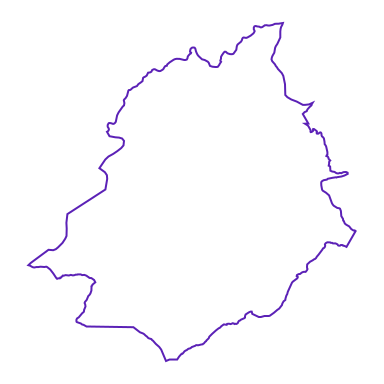 Tlaxco, Puebla, Mexico
{"feature_id": "50627088B52665331033665", "entity_name": "Tlaxco", "entity_type": "district", "adm_level": 2, "iso_a3": "MEX", "parent_name": "Mexico", "parent_adm1": "Puebla", "projection": "orthographic", "projection_center": [-98.045, 20.402], "detail": "fine", "context": "isolated", "style": "outline", "palette": "violet", "viewbox_px": 384, "rotation_deg": 0, "n_neighbors": 0, "source": "geoboundaries", "source_scale": "gbopen_adm2", "svg_char_len": 5910}
<svg xmlns="http://www.w3.org/2000/svg" viewBox="0 0 384 384"><path d="M48.5,249.8L30.8,262.9L28.4,265.2L30.1,265.7L32.5,267.1L34.1,267.5L36.8,267.0L38.0,267.1L40.5,266.7L44.3,267.0L46.3,266.7L47.2,267.1L50.2,269.5L53.3,273.5L56.2,277.9L57.1,278.8L57.8,278.4L59.9,278.3L60.2,277.7L60.7,277.8L61.2,277.4L61.6,276.6L62.5,276.3L62.8,275.6L64.0,275.6L65.6,275.1L68.9,275.5L70.8,274.9L72.9,275.4L74.7,275.1L75.5,274.7L77.1,274.7L77.7,274.4L80.7,274.4L82.1,275.1L84.4,274.9L86.7,275.8L87.5,276.6L88.3,276.9L89.4,277.9L91.4,278.1L94.1,280.0L95.3,282.3L92.4,284.7L92.2,285.6L91.4,286.3L91.5,287.0L91.4,290.6L90.4,293.5L89.4,295.0L88.3,296.0L86.7,299.9L85.0,301.9L84.6,303.0L85.2,304.4L85.5,306.5L84.1,309.9L84.0,311.2L83.6,312.1L82.3,313.1L78.8,317.3L77.1,318.4L76.5,319.5L76.4,320.6L76.5,321.7L76.9,322.1L80.9,323.5L82.1,324.5L83.5,324.8L86.5,326.5L133.4,327.2L140.0,332.3L142.9,333.4L144.2,334.2L145.5,335.5L147.1,336.7L148.0,337.8L148.8,338.3L151.4,339.1L152.1,340.1L153.0,340.7L155.8,343.9L159.2,346.9L161.2,349.6L166.0,361.0L169.6,359.5L177.2,359.5L179.1,356.6L181.2,354.2L181.8,354.0L182.1,353.6L182.5,353.7L183.2,353.0L184.5,351.3L185.7,350.5L186.6,350.2L188.2,348.9L188.9,348.6L189.8,348.5L191.3,347.6L191.7,347.1L195.2,345.8L195.8,345.3L196.7,345.1L198.0,345.3L201.3,344.5L202.7,344.3L203.0,343.9L203.9,343.4L205.3,341.7L206.1,341.2L206.4,340.5L208.7,338.3L209.3,336.7L212.1,333.9L216.1,330.3L218.8,328.2L219.5,328.0L220.5,327.2L221.1,326.4L223.4,324.7L223.9,324.4L226.7,324.8L227.1,323.9L228.9,323.7L230.7,324.1L232.8,323.2L233.9,323.6L234.4,324.0L235.0,323.7L236.1,324.0L237.1,323.6L237.9,322.9L238.4,321.6L239.1,320.8L240.0,320.5L240.9,319.7L244.3,318.2L245.0,317.6L245.0,316.3L245.6,314.5L248.8,312.4L250.6,311.6L251.7,311.6L252.3,313.9L258.8,317.0L260.9,317.0L264.5,316.0L268.6,316.0L269.7,315.8L273.9,312.8L277.3,309.9L279.2,308.6L282.0,305.0L282.3,303.6L283.6,301.3L285.3,300.0L285.5,298.5L286.4,295.5L287.2,294.2L287.8,291.8L292.0,282.6L292.9,281.6L297.3,278.3L297.8,277.1L297.7,276.7L296.7,276.2L296.9,275.1L298.4,274.2L300.2,273.9L301.7,272.6L303.1,272.0L304.0,271.8L305.5,271.9L306.0,271.5L307.2,269.8L307.5,269.0L307.1,268.1L307.0,266.8L307.2,264.4L310.1,261.7L312.7,260.3L313.9,259.4L315.1,258.9L316.0,258.1L316.8,256.7L318.6,254.6L322.5,249.4L322.9,248.5L324.2,247.8L324.7,247.2L325.2,245.8L324.9,244.3L325.7,243.2L327.3,242.3L330.2,242.4L330.9,242.9L332.2,242.9L332.9,243.4L335.5,243.4L336.4,243.8L337.5,244.4L338.1,245.4L339.0,245.7L339.9,245.7L340.9,245.0L342.5,245.1L342.8,245.2L343.1,245.7L344.5,245.9L346.5,246.9L355.6,231.1L354.7,230.4L353.5,230.5L351.3,229.1L349.2,226.4L346.4,224.8L345.2,223.9L344.6,223.1L343.8,221.0L343.2,220.6L343.0,218.9L341.3,216.1L340.9,211.0L340.0,208.7L339.4,208.3L337.2,207.9L333.7,205.7L332.7,204.5L331.9,203.1L329.1,195.4L326.0,192.7L322.8,190.7L322.1,189.7L321.3,185.4L321.2,182.8L321.5,181.7L322.4,180.9L323.7,180.2L326.9,179.6L327.7,178.8L332.5,177.8L335.8,177.3L336.5,177.5L337.0,177.2L341.5,176.5L344.5,175.5L347.7,173.9L347.6,172.7L346.0,172.0L343.8,172.1L342.6,172.5L341.4,173.2L339.8,172.9L338.6,173.4L337.4,173.4L336.3,173.1L334.5,171.9L332.1,171.5L330.4,170.7L330.1,166.5L329.8,166.2L328.7,165.7L329.2,163.1L329.1,162.6L329.3,161.4L330.2,160.5L328.6,158.8L328.3,157.4L327.7,156.5L326.4,156.1L326.6,155.4L327.4,154.5L327.4,152.1L326.2,146.7L325.7,145.5L324.7,144.2L324.5,141.7L323.9,138.4L323.1,137.3L322.0,136.4L321.6,135.5L321.4,133.4L320.9,132.6L320.4,132.4L319.6,132.6L318.4,133.6L317.8,133.7L316.8,133.5L316.6,132.9L317.0,131.9L316.7,131.1L314.1,129.1L313.2,129.0L313.0,129.6L313.1,130.4L312.9,131.1L311.6,132.0L310.7,132.1L310.5,131.7L310.6,130.2L308.5,126.4L307.7,125.4L305.0,123.7L308.3,123.5L302.8,114.0L304.6,112.1L306.7,111.2L307.4,109.5L309.3,107.3L311.5,105.3L311.8,104.1L312.6,102.8L309.1,104.4L304.8,104.9L302.9,104.9L296.8,101.6L291.3,99.5L287.4,97.2L285.3,95.0L285.0,84.2L283.3,75.9L281.8,73.1L277.8,68.8L277.1,67.5L275.6,65.7L275.1,64.5L272.2,61.2L271.5,59.3L271.9,57.3L272.6,55.6L274.3,52.7L275.1,47.9L275.8,46.2L277.4,43.8L280.3,37.5L280.3,31.5L280.6,28.8L281.2,26.8L282.3,24.8L282.9,23.0L278.7,23.7L275.0,23.8L272.6,24.9L269.8,25.5L267.9,25.5L266.7,25.2L264.8,25.3L262.4,27.0L261.5,27.3L260.4,27.3L259.4,26.7L257.0,26.4L255.8,26.0L254.5,26.3L253.8,27.5L253.8,29.4L254.5,30.6L254.6,31.4L253.5,33.3L250.7,35.6L247.4,37.5L246.1,37.9L243.7,37.5L242.9,37.8L242.3,38.6L242.0,39.9L241.1,41.6L237.5,44.6L236.8,46.3L236.3,49.8L233.4,53.8L232.0,54.2L229.9,54.1L227.5,53.3L225.8,51.8L224.8,51.7L223.9,52.4L221.8,55.4L221.0,57.0L221.0,58.6L220.3,60.8L221.1,61.8L219.8,63.7L219.3,64.8L217.8,66.8L216.9,67.0L215.3,67.0L212.4,66.7L210.0,65.9L208.7,62.7L207.8,61.7L204.7,60.0L202.0,59.3L198.5,56.0L197.5,54.7L196.7,53.1L196.0,51.4L195.3,48.6L194.6,47.7L193.7,47.5L192.2,47.6L191.3,48.2L190.5,49.1L190.0,51.4L190.3,52.2L191.1,52.6L190.9,53.4L189.9,54.0L188.5,55.5L187.8,56.5L187.4,58.5L186.7,59.6L185.3,60.0L184.2,60.0L179.7,58.9L176.7,58.8L175.1,59.1L173.7,59.7L169.6,62.4L167.2,64.5L166.8,65.8L165.4,66.0L164.3,67.3L163.4,69.0L162.6,69.7L160.4,71.0L159.1,71.1L157.4,70.6L155.0,69.3L154.0,69.2L153.0,69.6L152.1,70.1L151.4,71.7L150.1,72.4L148.1,72.7L146.7,75.6L145.3,76.6L143.6,77.4L143.1,77.9L142.5,81.1L140.9,82.4L138.4,84.1L136.9,86.1L133.1,87.5L131.8,88.6L131.0,89.4L130.3,89.9L128.8,90.1L128.4,90.6L127.0,95.9L125.6,98.1L124.2,99.5L123.8,100.2L124.4,103.1L124.0,105.4L122.7,106.6L118.6,112.4L117.1,115.4L115.8,121.8L115.0,122.9L114.0,123.7L113.1,123.9L111.0,123.2L109.7,123.0L108.7,123.2L107.8,124.7L107.6,126.0L107.8,127.0L108.7,128.4L108.9,129.4L108.5,130.6L107.7,131.4L107.0,131.8L109.5,136.2L115.3,137.3L119.1,137.6L122.1,138.5L124.0,140.9L123.5,145.4L121.2,148.1L117.2,151.2L113.2,153.9L108.5,156.5L105.3,159.5L99.4,168.2L104.9,172.2L106.9,175.2L107.2,178.9L105.4,189.5L67.4,214.1L66.4,222.8L66.7,228.6L66.5,236.0L65.3,238.6L62.5,242.9L58.0,247.4L55.8,249.2L53.2,250.2L48.5,249.8Z" fill="none" stroke="#5b21b6" stroke-width="2"/></svg>